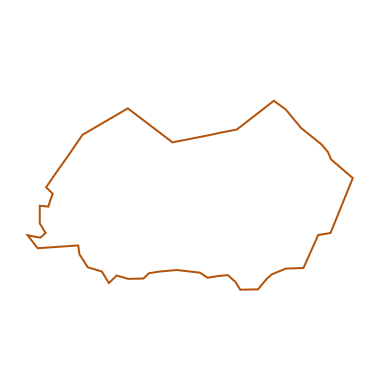 outline of Dom Pedro de Alcântara, Rio Grande do Sul, Brazil, rotated 277°
{"feature_id": "56859067B47618181554929", "entity_name": "Dom Pedro de Alcântara", "entity_type": "district", "adm_level": 2, "iso_a3": "BRA", "parent_name": "Brazil", "parent_adm1": "Rio Grande do Sul", "projection": "equal_earth", "projection_center": [-49.866, -29.366], "detail": "fine", "context": "isolated", "style": "outline", "palette": "amber", "viewbox_px": 384, "rotation_deg": 277, "n_neighbors": 0, "source": "geoboundaries", "source_scale": "gbopen_adm2", "svg_char_len": 747}
<svg xmlns="http://www.w3.org/2000/svg" viewBox="0 0 384 384"><g transform="rotate(277 192 192)"><path d="M225.4,349.9L241.3,326.0L248.0,322.2L254.8,315.0L268.8,292.5L285.4,274.9L292.5,262.1L259.5,228.9L254.2,212.6L251.5,205.0L238.9,166.6L267.2,118.1L235.4,76.3L211.6,64.0L194.1,54.5L178.8,46.6L173.3,54.0L167.3,52.5L160.0,51.2L159.8,42.6L142.3,44.7L133.5,51.7L128.2,46.9L129.0,34.1L117.4,45.7L125.1,85.6L116.4,87.9L104.6,97.7L102.1,112.2L91.5,120.6L99.9,127.4L98.0,139.4L100.2,154.3L106.2,159.3L109.1,169.6L112.7,186.4L112.9,209.8L108.8,217.8L112.1,229.4L113.9,237.8L107.8,246.3L100.9,251.8L103.4,269.4L114.6,276.5L120.0,281.2L127.4,294.5L130.2,311.9L164.7,322.5L168.2,334.5L225.4,349.9Z" fill="none" stroke="#b45309" stroke-width="2"/></g></svg>